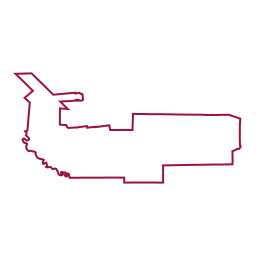 outline of Storobaneasa, Teleorman, Romania
{"feature_id": "2599482B47254349291788", "entity_name": "Storobaneasa", "entity_type": "district", "adm_level": 2, "iso_a3": "ROU", "parent_name": "Romania", "parent_adm1": "Teleorman", "projection": "robinson", "projection_center": [25.498, 43.896], "detail": "fine", "context": "isolated", "style": "outline", "palette": "rose", "viewbox_px": 256, "rotation_deg": 0, "n_neighbors": 0, "source": "geoboundaries", "source_scale": "gbopen_adm2", "svg_char_len": 5180}
<svg xmlns="http://www.w3.org/2000/svg" viewBox="0 0 256 256"><path d="M232.5,164.3L232.5,164.2L232.5,163.4L232.5,162.0L232.6,161.2L232.6,159.6L232.6,158.6L232.5,157.2L232.5,156.3L232.5,155.9L232.5,155.2L232.5,154.2L232.5,152.5L232.6,151.7L232.5,151.1L233.0,151.0L233.5,150.9L233.9,150.7L234.4,150.4L235.1,150.1L235.6,149.9L235.8,149.7L236.2,149.6L236.5,149.4L236.8,149.2L237.0,149.0L237.3,148.9L237.7,148.8L237.8,148.8L238.0,148.8L238.4,148.8L238.5,148.8L238.8,148.8L239.1,148.9L239.5,148.4L239.9,147.9L240.3,147.4L240.5,146.7L240.6,146.4L240.6,146.1L240.3,145.9L240.2,146.0L240.0,144.8L239.9,144.0L239.9,142.9L239.9,142.1L239.8,141.1L239.8,140.5L239.8,139.9L239.8,139.5L239.8,138.3L239.8,137.3L239.8,135.6L239.8,134.3L239.8,133.6L239.8,132.5L239.8,132.0L239.8,130.8L239.9,130.1L239.9,129.6L239.8,129.3L239.8,129.1L239.8,128.9L239.8,128.2L239.8,127.0L239.9,125.4L240.0,124.2L240.0,123.3L240.0,121.9L240.1,121.1L240.2,119.8L240.3,118.7L239.6,118.4L237.3,117.7L236.2,117.2L234.2,116.6L232.1,115.9L230.4,115.3L229.4,114.9L228.7,114.8L227.8,114.8L226.5,114.8L225.2,114.8L223.6,114.9L222.6,114.9L221.0,114.9L220.0,114.9L218.6,115.0L217.7,115.0L216.6,115.0L215.6,115.0L213.8,115.0L212.2,114.9L211.5,114.9L211.4,115.0L211.2,115.0L210.2,115.0L209.8,115.0L209.0,115.0L208.1,115.0L206.8,115.0L205.9,115.0L205.6,115.0L205.4,114.9L204.3,114.8L200.9,114.7L199.7,114.7L197.8,114.7L196.3,114.7L194.1,114.7L190.7,114.6L187.3,114.6L186.3,114.6L185.2,114.6L180.8,114.5L177.3,114.5L174.1,114.4L169.6,114.3L166.7,114.3L161.8,114.2L157.6,114.2L154.5,114.2L151.2,114.2L146.1,114.1L142.7,114.0L139.6,114.0L137.2,114.0L133.0,113.9L132.9,117.6L132.8,121.0L132.6,125.9L132.5,130.0L123.4,129.9L118.6,130.0L113.4,130.0L110.2,130.0L109.3,125.3L109.1,125.3L101.7,126.3L95.4,127.1L95.5,126.8L93.4,127.0L89.6,127.4L87.1,127.7L86.9,126.1L83.1,126.6L82.3,126.7L80.7,126.9L78.5,127.2L76.9,127.5L74.8,127.5L70.9,127.8L68.2,127.9L67.8,127.7L67.0,126.7L66.6,126.0L66.3,125.4L66.2,125.0L65.1,125.0L62.6,124.8L60.5,124.7L59.9,124.6L59.9,112.4L60.0,108.4L61.2,108.5L62.5,108.6L65.4,108.8L67.8,109.0L67.6,108.8L66.1,107.4L64.5,105.8L63.1,104.4L61.7,103.0L60.3,101.6L61.0,101.6L62.9,101.4L65.7,101.2L66.2,101.3L67.1,101.2L69.4,101.1L72.5,100.8L74.6,100.7L75.0,100.7L75.2,100.4L75.3,100.2L75.6,100.0L75.8,99.8L76.0,99.8L76.3,99.8L76.4,100.2L76.4,100.5L76.7,100.6L77.3,100.7L77.2,100.3L77.6,100.2L77.7,99.9L78.6,100.0L78.8,100.1L79.3,100.4L79.5,100.6L80.3,100.6L81.4,100.6L81.5,100.5L82.4,100.3L82.6,100.2L82.8,100.1L82.9,99.7L83.1,99.3L83.0,99.0L82.7,96.4L82.4,94.4L82.4,94.1L82.2,94.0L81.2,93.9L79.9,93.4L79.8,93.1L79.7,92.9L79.3,92.8L78.8,92.8L78.2,93.0L76.0,93.5L75.5,93.5L75.4,92.7L53.3,94.7L31.6,73.4L30.2,73.4L15.4,73.8L22.9,81.0L32.9,90.8L24.6,97.9L29.8,102.6L27.4,130.6L25.1,131.3L25.4,131.7L25.9,132.1L26.3,132.6L26.6,133.1L26.5,133.8L26.3,134.7L26.0,135.3L27.6,136.9L28.8,138.2L29.1,138.7L28.8,139.7L28.0,140.3L27.2,140.5L26.4,140.4L25.1,139.4L24.3,138.6L23.9,138.5L23.1,138.9L22.7,139.3L22.6,140.3L23.9,142.5L25.2,143.1L26.2,143.1L26.8,143.6L27.0,144.0L26.8,145.0L26.3,145.9L26.2,147.0L26.4,148.5L27.5,150.2L28.4,150.9L29.3,151.1L30.7,150.7L32.1,151.2L33.8,151.5L35.1,151.9L35.8,152.6L35.5,153.5L35.6,154.3L36.4,156.1L37.6,157.9L39.0,158.5L40.9,159.1L42.2,159.3L43.1,159.5L43.8,160.0L43.3,160.9L42.8,162.4L42.7,162.9L43.2,163.8L43.7,164.0L44.6,163.3L45.6,162.9L46.3,162.7L47.2,165.9L46.1,166.9L46.7,167.2L47.3,167.4L49.0,167.1L49.4,167.1L50.6,167.0L51.5,167.9L52.1,168.6L52.7,169.1L53.6,169.0L54.7,168.5L56.2,168.9L57.6,171.3L58.2,173.2L58.5,174.2L59.7,175.1L60.5,175.3L60.9,175.3L61.3,175.3L61.6,175.2L62.0,175.1L62.3,174.9L62.6,174.7L62.8,174.5L62.9,174.4L62.8,174.2L62.7,174.1L62.3,174.0L61.9,173.8L61.3,173.5L61.1,173.3L61.0,173.0L60.9,172.9L60.9,172.7L61.0,172.4L61.2,172.2L61.4,172.1L61.6,172.0L61.8,171.9L62.0,171.9L62.2,172.0L62.5,172.1L62.9,172.4L63.0,172.6L63.4,172.8L63.7,172.8L64.0,172.7L64.3,172.5L64.5,172.5L64.9,172.4L65.0,172.4L65.2,172.5L65.4,172.6L65.7,172.7L65.8,172.8L65.9,173.1L65.9,173.4L65.8,173.7L65.7,174.0L65.4,174.3L65.0,174.8L64.9,175.0L64.9,175.3L65.0,175.6L65.3,176.0L65.6,176.3L65.9,176.3L66.2,176.4L66.4,176.5L66.6,176.5L66.8,176.4L67.0,176.3L67.2,176.1L67.4,175.9L67.5,175.7L67.4,175.5L67.2,175.3L66.8,174.9L66.7,174.7L66.8,174.6L66.8,174.4L67.0,174.2L67.0,173.9L67.2,173.7L67.4,173.6L67.7,173.5L67.9,173.5L68.0,173.5L68.3,173.6L68.9,174.1L69.0,174.2L69.1,174.4L69.1,174.8L69.1,175.5L69.1,175.8L69.2,176.1L69.4,176.5L69.4,176.9L69.5,177.0L69.6,177.3L69.8,177.6L69.8,177.8L70.3,177.8L72.6,177.7L76.8,177.8L80.2,177.7L84.4,177.7L90.3,177.7L94.2,177.7L99.1,177.7L104.3,177.6L108.8,177.6L112.9,177.6L118.5,177.6L122.0,177.6L124.2,177.6L124.2,182.6L140.1,182.5L163.1,182.6L163.1,165.4L186.3,165.0L186.6,165.0L187.2,165.0L188.5,164.9L190.1,164.9L191.4,164.9L192.5,164.9L193.4,164.9L194.7,164.8L195.8,164.8L196.9,164.8L198.3,164.8L199.3,164.8L199.6,164.8L199.8,164.8L201.5,164.8L203.4,164.7L205.5,164.7L207.9,164.6L211.5,164.6L214.4,164.5L216.4,164.5L217.7,164.5L218.1,164.5L218.4,164.5L218.6,164.6L219.6,164.5L221.1,164.5L222.5,164.5L223.4,164.5L223.7,164.5L225.1,164.4L226.6,164.4L228.2,164.4L229.8,164.3L231.2,164.3L232.5,164.3Z" fill="none" stroke="#9f1239" stroke-width="2"/></svg>